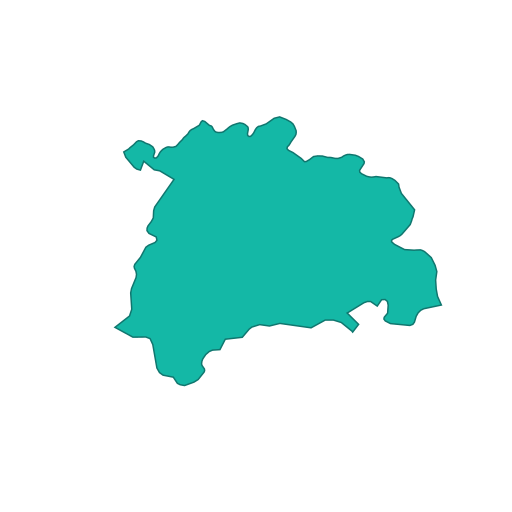 the Autonomous Community of Ávila, rotated 224°
{"feature_id": "ESP-5806", "entity_name": "Ávila", "entity_type": "Autonomous Community", "adm_level": 1, "iso_a3": "ESP", "parent_name": "Spain", "parent_adm1": "", "projection": "mercator", "projection_center": [-4.824, 40.625], "detail": "fine", "context": "isolated", "style": "filled", "palette": "teal", "viewbox_px": 512, "rotation_deg": 224, "n_neighbors": 0, "source": "natural_earth", "source_scale": "10m", "svg_char_len": 3198}
<svg xmlns="http://www.w3.org/2000/svg" viewBox="0 0 512 512"><g transform="rotate(224 256 256)"><path d="M321.2,376.7L318.4,375.9L314.2,374.0L312.8,372.7L311.7,371.1L311.1,369.1L310.1,362.5L309.6,360.5L309.2,358.4L309.3,356.4L308.3,354.7L306.0,354.6L301.2,356.1L291.2,357.6L286.7,357.5L285.5,358.8L284.4,362.7L284.1,364.9L283.7,367.5L281.1,370.9L277.7,374.0L272.9,376.7L270.7,378.8L267.0,381.1L264.8,383.1L262.9,386.6L262.5,388.7L261.7,390.8L260.7,392.6L259.1,394.2L254.5,397.5L251.4,398.8L246.6,399.9L243.5,399.0L242.5,397.5L241.0,389.6L239.6,388.4L237.2,388.5L231.8,390.2L229.3,391.7L227.6,393.0L225.8,395.2L224.9,396.5L216.1,403.1L215.3,404.2L214.0,405.3L211.9,406.2L208.5,406.9L203.4,406.8L201.0,404.9L194.9,402.0L174.0,399.4L170.3,393.3L169.5,391.2L168.5,389.4L166.9,385.7L166.2,373.1L166.4,371.0L167.0,368.9L169.3,363.1L169.4,361.6L168.3,360.4L164.4,360.6L153.6,363.8L146.3,370.0L144.8,371.7L141.9,374.7L140.2,375.5L138.4,376.1L137.1,376.3L128.8,376.6L120.7,373.7L115.1,370.4L110.1,363.5L103.4,357.4L97.3,353.0L88.6,349.5L98.7,334.6L99.8,331.4L99.9,327.8L98.9,323.9L96.1,318.5L95.7,315.8L97.1,312.9L112.3,300.8L117.9,299.1L120.2,299.5L121.2,301.0L121.6,306.3L126.7,312.4L129.9,314.6L132.9,314.4L135.3,311.8L134.0,304.2L141.9,302.9L144.3,300.6L145.9,297.4L150.8,278.3L134.7,278.1L133.6,268.4L134.8,268.6L148.5,267.4L155.8,263.7L161.7,258.0L166.5,242.6L192.0,224.1L197.7,215.0L205.7,209.2L209.6,202.0L210.1,198.7L209.4,188.0L220.3,174.8L216.9,163.6L221.9,158.1L223.3,154.8L223.7,150.2L222.8,145.0L221.8,142.7L220.4,140.8L219.0,139.8L214.6,138.9L213.3,137.8L212.7,136.4L211.8,127.0L213.0,122.2L217.4,113.2L221.2,110.7L224.1,109.8L231.3,111.4L240.1,105.7L244.4,105.1L249.5,106.6L268.7,120.6L274.8,123.0L279.0,121.2L288.2,112.1L307.9,106.7L305.3,125.0L308.4,131.4L320.5,142.4L322.9,146.1L327.3,157.2L329.2,159.8L331.7,161.6L335.0,162.8L336.4,163.8L337.4,165.8L338.2,174.9L341.3,185.8L340.7,189.2L338.0,195.6L338.2,198.5L341.0,200.4L348.7,197.9L352.0,198.5L353.7,200.4L354.6,202.7L355.2,207.9L356.3,212.0L361.1,217.5L362.9,220.9L368.2,254.2L384.4,250.4L389.1,247.3L402.6,246.2L398.8,237.5L402.1,235.7L405.3,235.2L418.3,236.6L423.4,239.0L421.9,244.6L421.9,246.4L421.3,250.9L421.3,255.2L420.7,257.2L418.5,259.0L416.2,259.9L413.9,260.4L410.2,262.1L406.1,262.8L404.2,262.3L402.4,261.6L401.0,260.4L399.4,257.0L398.3,255.8L396.8,256.1L395.8,257.5L395.9,260.1L396.6,262.1L397.1,264.2L397.2,266.1L397.1,268.1L396.2,271.2L395.8,272.2L395.2,273.2L394.4,274.0L392.8,275.1L391.2,276.7L389.7,279.3L389.7,282.2L389.9,284.6L389.8,288.7L390.1,290.3L390.1,291.7L389.9,293.2L389.8,296.6L390.3,298.5L390.5,300.4L390.2,302.2L389.3,304.5L387.6,310.7L388.7,314.6L388.5,316.1L386.3,317.2L380.2,317.6L378.7,318.4L377.7,318.5L376.5,318.2L375.3,317.7L373.6,317.3L372.1,317.1L370.8,317.4L369.5,318.2L368.4,319.1L366.5,321.2L365.7,322.8L365.0,327.5L364.9,329.1L364.6,331.1L363.8,333.8L361.7,337.9L360.1,340.5L357.5,342.2L355.4,342.9L351.8,343.2L350.8,342.8L349.5,341.7L347.2,338.2L345.7,336.9L344.1,337.1L343.0,338.3L342.9,340.8L343.2,343.0L344.3,346.6L344.6,348.8L344.3,350.9L343.1,352.5L340.4,358.2L338.6,367.7L335.6,372.5L329.1,375.2L324.2,376.5L321.2,376.7Z" fill="#14b8a6" stroke="#0f766e" stroke-width="1.5"/></g></svg>